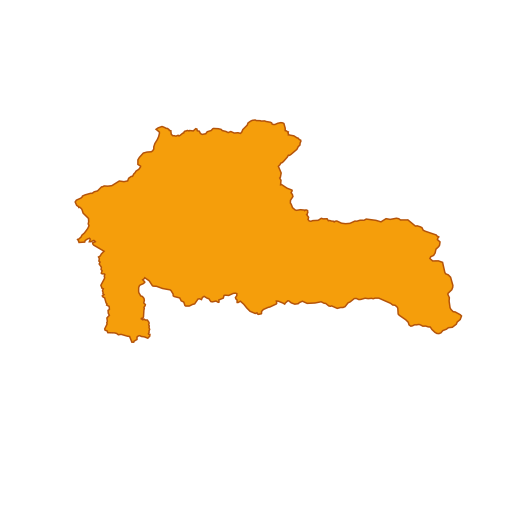 Pitalito, Huila, Colombia, rotated 240°
{"feature_id": "7082276B60713931967074", "entity_name": "Pitalito", "entity_type": "district", "adm_level": 2, "iso_a3": "COL", "parent_name": "Colombia", "parent_adm1": "Huila", "projection": "robinson", "projection_center": [-76.125, 1.831], "detail": "fine", "context": "isolated", "style": "filled", "palette": "amber", "viewbox_px": 512, "rotation_deg": 240, "n_neighbors": 0, "source": "geoboundaries", "source_scale": "gbopen_adm2", "svg_char_len": 6148}
<svg xmlns="http://www.w3.org/2000/svg" viewBox="0 0 512 512"><g transform="rotate(240 256 256)"><path d="M415.7,232.8L411.6,234.3L410.5,233.7L408.1,231.4L406.2,228.8L404.0,224.7L401.7,222.1L399.8,221.0L398.8,219.2L398.6,217.5L400.5,213.6L401.5,209.9L399.7,204.3L398.3,201.8L394.4,199.5L391.5,201.0L390.8,200.4L389.7,197.9L389.5,194.5L388.6,192.9L388.2,191.2L386.7,188.9L387.3,187.8L387.0,184.6L385.2,182.4L386.4,178.8L389.3,175.1L389.0,166.3L390.6,162.5L392.6,159.5L392.7,157.5L393.1,156.8L391.6,151.3L392.5,148.0L392.2,145.5L393.0,144.1L394.4,138.6L394.7,135.7L394.1,135.1L393.7,133.2L394.2,128.4L393.2,126.4L389.5,126.0L387.5,127.0L386.6,126.8L386.3,127.8L384.4,128.4L383.2,128.5L379.5,127.7L372.3,129.7L369.3,128.2L367.7,126.7L366.1,126.7L365.1,125.7L363.8,123.7L361.7,118.9L361.1,115.7L359.9,113.9L359.1,110.0L360.2,109.5L358.6,109.9L356.2,109.5L353.7,114.6L354.8,115.8L355.0,118.6L354.6,120.7L353.4,120.9L351.7,118.8L350.9,120.2L350.7,123.1L350.2,123.7L348.7,124.0L349.1,121.1L348.1,120.7L346.7,120.8L336.1,126.8L335.1,123.1L333.9,121.1L333.9,119.1L332.0,119.0L330.2,117.4L328.7,117.9L327.5,116.2L323.6,116.5L321.8,115.1L320.1,115.3L318.5,113.4L317.5,113.8L316.4,115.6L315.7,115.9L314.4,114.5L313.3,114.3L312.2,113.4L308.2,107.0L305.0,106.5L304.0,107.4L302.6,105.6L301.0,105.4L299.8,104.5L298.5,105.0L298.3,102.9L296.7,103.1L295.5,104.0L290.3,102.7L289.1,103.0L288.2,102.1L285.8,103.6L285.2,103.4L283.0,102.3L282.9,100.7L280.2,99.4L278.0,99.4L276.9,95.9L273.8,94.6L272.7,93.3L271.6,93.1L268.5,88.5L267.2,88.2L265.6,89.6L263.7,89.3L260.1,95.1L258.6,96.6L256.6,97.4L255.6,100.0L250.8,104.6L249.5,106.3L243.4,105.4L242.5,107.0L243.2,107.9L243.2,111.2L245.3,112.4L245.6,114.2L245.1,115.6L243.7,116.4L241.9,118.8L238.9,121.2L239.7,123.9L241.1,124.9L241.7,124.0L242.4,123.9L243.3,125.2L244.6,125.9L245.6,127.2L247.6,127.6L248.8,128.6L250.2,128.7L251.2,129.8L252.0,130.1L254.9,129.9L255.9,128.1L257.2,127.6L257.3,126.1L259.0,125.2L259.3,125.6L258.7,126.8L259.5,128.1L265.4,132.0L266.2,132.9L267.6,133.3L268.4,135.1L269.2,135.9L271.5,135.3L273.4,137.1L275.3,137.8L277.7,137.4L279.1,136.2L282.8,136.2L284.1,136.7L287.3,138.6L288.5,140.1L288.8,141.3L288.4,144.3L288.7,146.4L289.3,146.7L292.1,146.0L292.2,147.7L292.8,148.8L287.9,151.1L282.2,151.4L281.4,151.8L279.5,154.7L274.6,158.8L269.6,164.7L268.6,165.1L264.6,165.2L262.9,164.4L261.8,164.9L257.8,169.0L254.6,168.8L252.2,170.4L248.7,169.7L247.8,170.1L246.0,173.3L245.8,176.9L245.2,178.9L247.7,184.2L247.3,185.6L245.5,187.0L246.9,188.8L247.0,190.9L243.7,192.7L242.7,193.8L239.1,194.1L238.1,195.3L237.0,198.8L234.8,200.1L234.5,200.7L235.0,201.2L236.5,201.8L235.9,206.6L237.8,208.6L237.5,209.7L235.5,212.6L235.0,217.6L234.1,219.6L233.0,220.6L231.3,219.6L230.3,217.4L228.9,217.1L227.3,217.6L225.2,216.4L224.7,217.1L224.6,219.9L220.3,221.3L215.7,222.0L211.1,223.2L206.6,226.6L206.3,228.4L205.1,228.3L204.3,228.8L203.3,231.6L203.5,232.1L205.2,233.1L206.0,235.7L205.4,241.0L204.9,242.4L204.3,249.6L204.7,250.3L206.8,251.1L205.7,252.7L201.9,255.7L200.0,256.8L200.6,257.9L201.3,261.2L200.8,261.9L197.8,263.1L194.9,265.5L193.6,268.7L194.0,270.5L193.6,273.6L189.4,276.6L185.8,283.6L183.8,289.5L181.1,291.3L180.0,292.7L176.3,294.1L175.2,295.4L175.0,296.5L170.0,300.2L169.1,303.5L167.9,305.6L167.6,307.8L169.4,312.3L169.2,314.6L170.0,319.9L169.0,321.7L166.8,323.3L166.0,325.0L164.9,329.4L163.0,331.8L161.6,334.9L160.4,336.1L160.0,338.0L158.1,341.3L147.7,348.9L145.2,349.9L143.8,351.8L141.2,352.7L139.9,352.7L134.7,350.1L133.1,350.4L125.9,353.8L122.5,354.7L119.8,354.1L117.8,355.0L117.3,356.6L117.1,359.1L116.3,360.2L115.3,362.8L114.4,363.8L111.8,365.4L110.5,367.9L108.4,369.8L107.4,371.4L104.4,371.6L100.4,372.8L98.5,373.9L97.3,375.6L97.0,377.8L98.0,380.4L97.4,384.3L97.7,386.8L96.1,390.4L96.8,395.4L98.2,397.2L98.9,401.1L101.3,404.0L103.1,403.5L108.0,400.5L109.2,398.9L112.4,398.1L114.2,398.2L120.4,400.7L123.2,402.6L127.0,403.0L127.7,403.8L128.9,408.7L130.5,410.7L132.1,411.8L140.3,413.9L143.5,413.1L145.7,411.4L147.3,411.3L157.2,414.4L160.6,411.5L163.4,406.5L166.9,405.3L168.0,407.0L167.7,410.1L169.1,412.7L171.9,415.2L172.8,419.0L173.6,420.4L176.2,422.4L179.5,421.3L180.6,422.4L181.1,423.8L183.2,422.6L184.1,422.6L192.9,414.9L194.7,413.7L197.6,413.9L199.1,412.9L201.5,410.7L202.2,409.0L211.3,405.6L215.0,399.1L216.9,398.3L218.5,396.5L220.6,390.5L223.3,387.3L223.1,381.3L226.9,377.7L232.9,369.9L232.9,367.5L235.0,363.9L235.7,360.7L236.8,359.1L237.3,353.7L239.2,349.7L241.6,346.5L245.9,343.5L246.4,342.3L246.4,340.7L247.2,340.7L248.6,338.7L249.9,337.6L250.4,336.3L252.7,336.2L254.6,332.7L256.0,331.4L255.8,327.7L258.3,322.8L258.6,320.9L259.8,319.6L261.6,319.3L263.2,320.9L266.5,320.6L266.5,321.2L267.4,321.9L267.6,322.5L269.6,323.4L270.6,322.7L271.0,322.1L271.0,321.0L271.4,321.1L273.9,317.6L275.3,313.9L276.2,313.0L279.6,311.8L283.4,312.4L284.6,312.2L287.0,313.7L289.0,317.7L291.2,318.3L293.2,318.0L294.4,319.9L295.1,320.1L299.2,316.8L305.2,313.8L305.4,312.9L309.1,315.5L311.7,315.5L312.0,316.5L315.3,319.3L322.5,320.2L323.1,322.4L324.0,323.8L323.8,325.6L324.3,327.6L326.0,332.6L327.1,334.4L326.4,335.3L326.5,337.0L327.9,344.7L329.6,347.3L330.1,349.5L331.8,350.7L333.0,352.3L334.0,352.6L335.0,351.8L337.3,351.3L337.6,350.7L341.1,348.9L344.8,344.6L345.3,345.1L346.4,345.2L347.3,346.0L347.7,345.4L349.0,345.0L350.0,344.0L352.1,345.2L356.8,346.4L357.9,345.7L359.1,344.2L360.1,341.1L360.4,338.1L361.4,336.5L362.4,335.9L363.5,336.1L364.7,335.3L367.6,331.8L368.6,331.1L370.3,327.9L371.1,327.3L373.2,323.9L374.2,323.3L375.3,320.7L375.5,318.7L375.2,315.6L373.7,313.8L372.1,307.8L370.5,305.7L369.9,303.9L371.8,302.0L373.3,298.7L376.4,296.4L376.8,293.6L378.9,292.2L381.5,289.5L383.1,289.1L385.1,287.0L387.7,283.0L387.8,282.2L387.1,279.9L388.0,275.9L387.0,273.6L388.2,270.2L389.1,269.5L390.7,269.1L392.4,269.3L393.8,267.8L395.5,268.3L396.4,267.5L395.7,264.2L397.9,261.2L397.8,260.5L399.1,259.3L399.2,257.9L399.7,257.0L399.5,255.9L398.7,254.9L399.0,254.0L398.4,250.4L398.5,249.3L399.5,248.9L399.8,246.6L401.1,245.3L401.8,244.0L403.9,243.5L407.1,244.9L408.0,243.7L408.9,243.9L410.7,243.1L411.8,241.7L412.6,241.4L414.8,239.7L415.2,239.2L415.9,235.3L415.7,232.8Z" fill="#f59e0b" stroke="#b45309" stroke-width="1.5"/></g></svg>